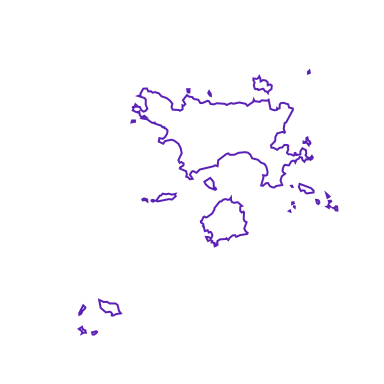 the district of Ukerewe, Mwanza, United Republic of Tanzania, rotated 165°
{"feature_id": "72390352B65036310172855", "entity_name": "Ukerewe", "entity_type": "district", "adm_level": 2, "iso_a3": "TZA", "parent_name": "United Republic of Tanzania", "parent_adm1": "Mwanza", "projection": "mercator", "projection_center": [33.011, -1.921], "detail": "fine", "context": "isolated", "style": "outline", "palette": "violet", "viewbox_px": 384, "rotation_deg": 165, "n_neighbors": 0, "source": "geoboundaries", "source_scale": "gbopen_adm2", "svg_char_len": 5988}
<svg xmlns="http://www.w3.org/2000/svg" viewBox="0 0 384 384"><g transform="rotate(165 192 192)"><path d="M109.1,176.0L103.1,175.4L103.5,180.2L101.2,183.9L97.3,185.6L98.8,187.4L99.1,189.3L97.0,192.9L95.4,194.2L91.4,192.6L88.5,195.7L86.4,196.2L84.9,195.5L84.5,193.8L82.9,196.0L80.0,196.7L78.9,197.9L76.9,196.8L77.0,194.3L75.6,192.1L73.6,194.0L71.5,193.4L70.4,194.0L69.3,192.4L67.1,193.1L66.4,194.2L66.9,195.8L69.4,194.0L71.9,195.9L72.8,198.2L71.7,199.5L71.1,202.9L74.1,205.7L76.7,203.3L77.6,200.3L81.5,200.7L82.0,203.0L82.8,203.0L83.5,201.0L84.4,200.8L86.6,202.7L88.9,203.4L90.2,205.2L87.9,208.3L88.0,210.1L87.0,211.4L87.4,212.5L90.5,213.6L93.4,211.7L96.0,212.0L98.8,210.7L101.8,213.5L103.8,214.3L103.6,216.6L98.5,219.7L97.2,223.6L94.4,226.6L88.9,226.6L87.6,225.4L86.8,225.5L87.1,229.2L84.7,234.6L83.0,234.9L73.3,245.2L73.0,246.6L76.4,248.5L76.4,251.8L80.6,254.5L83.1,254.8L84.6,253.9L85.7,250.2L87.6,250.0L88.1,250.9L88.8,249.4L91.3,249.6L94.7,251.9L94.1,261.3L96.0,260.8L101.0,262.5L103.2,261.5L108.1,263.6L108.4,265.3L109.5,263.3L116.2,260.9L117.3,263.3L123.1,266.2L129.1,266.5L131.3,267.8L136.1,267.1L137.3,268.6L145.0,271.3L148.2,271.0L151.3,272.2L152.1,275.2L153.3,276.1L159.0,275.2L160.9,275.8L162.1,279.5L165.2,280.9L166.7,282.1L166.9,283.4L170.5,285.1L171.8,286.9L177.0,283.0L175.7,278.6L177.7,277.4L178.8,278.2L179.7,274.3L182.7,273.6L183.5,274.6L189.4,276.6L189.8,279.4L188.1,282.3L189.6,285.9L192.3,289.4L196.7,292.3L198.5,295.9L202.0,298.1L204.3,298.1L205.7,300.0L208.1,300.4L208.8,303.7L212.3,304.4L216.2,300.6L216.6,298.9L219.2,298.7L213.7,295.2L212.7,293.3L214.1,288.4L213.6,283.9L216.1,282.3L218.1,282.2L219.9,284.4L220.3,287.5L221.6,287.9L222.9,289.8L223.1,288.7L224.2,289.0L224.4,290.7L225.6,288.9L226.5,288.8L227.4,290.1L226.9,287.9L228.1,286.2L224.9,283.4L223.6,283.4L223.4,282.7L222.1,283.3L222.5,280.0L221.8,277.9L220.3,277.4L218.4,278.0L217.3,276.5L219.1,277.3L221.5,276.2L216.6,273.9L212.9,269.5L211.5,268.6L210.0,268.7L209.9,267.5L204.4,264.0L203.8,262.2L202.0,261.9L202.0,260.7L200.8,260.0L199.7,257.7L201.0,254.7L203.8,252.1L206.5,250.9L209.5,252.5L211.1,249.3L207.3,246.1L204.8,248.2L198.3,247.8L196.0,246.3L192.6,242.1L191.6,237.4L191.9,232.1L196.9,226.3L196.4,223.4L194.6,223.7L192.7,221.7L193.4,219.9L197.3,218.7L197.7,217.8L192.4,213.7L192.3,210.6L193.6,208.3L192.0,207.2L190.8,204.9L188.0,204.6L189.5,209.3L187.0,211.7L185.4,211.9L182.7,209.4L178.6,211.7L164.8,211.3L162.8,211.8L160.6,210.3L158.5,215.9L148.9,219.8L147.0,219.9L145.8,218.1L141.3,217.0L136.9,217.8L130.3,216.7L127.9,215.6L126.0,213.1L125.2,209.0L120.0,206.1L117.8,202.6L114.7,200.3L113.7,197.2L113.8,191.7L115.0,189.1L116.3,188.7L119.0,189.8L119.0,188.0L123.5,180.4L122.0,179.6L118.3,181.3L116.3,181.0L115.2,177.5L113.1,175.7L111.4,175.1L109.1,176.0ZM184.1,133.7L182.4,133.9L181.9,135.7L181.0,134.8L180.2,138.0L177.4,139.0L171.1,137.8L170.7,138.3L169.4,136.2L167.6,137.9L164.1,139.5L161.5,139.1L160.9,137.2L156.9,137.9L149.7,137.2L148.8,138.0L150.4,140.3L151.0,143.1L147.1,148.7L148.9,150.5L149.0,152.9L147.0,158.8L147.3,159.7L149.3,159.3L150.3,161.3L149.4,164.8L148.6,165.8L147.4,165.7L150.5,170.3L154.0,170.6L155.9,171.8L156.5,173.8L155.8,176.5L157.5,175.1L159.3,175.1L161.4,176.5L164.3,176.4L165.9,175.3L167.7,175.6L174.6,170.5L174.8,169.3L178.1,166.0L183.9,163.8L185.1,163.8L186.4,165.1L187.4,164.8L190.0,161.7L191.0,161.6L191.2,160.2L189.4,158.2L189.6,156.4L190.2,156.2L189.8,155.5L190.6,155.4L189.7,155.2L189.7,150.9L186.8,151.0L186.3,148.5L184.8,148.8L184.0,148.2L183.4,145.2L185.0,142.7L185.9,142.4L187.6,144.1L190.1,145.0L189.2,140.5L186.2,140.8L185.1,139.4L186.1,138.2L183.9,137.2L184.1,133.7ZM301.5,93.6L300.4,93.0L297.0,93.7L292.1,93.2L293.3,95.9L293.1,102.1L294.7,104.1L300.5,105.7L302.3,107.8L305.7,108.6L309.6,111.8L310.2,103.7L306.3,98.0L302.7,97.7L301.5,96.9L300.7,95.1L301.5,93.6ZM95.3,270.4L93.4,269.2L93.0,268.0L92.3,269.4L88.6,270.9L87.4,274.2L88.6,275.7L91.2,275.5L90.5,278.4L91.9,280.6L94.3,281.7L97.1,281.0L96.6,284.0L97.1,286.4L98.6,284.8L100.3,284.5L103.3,285.8L103.8,284.0L103.2,281.5L104.7,279.1L104.6,275.6L103.9,274.8L101.9,274.6L101.5,273.3L96.4,273.3L95.3,270.4ZM213.2,189.9L208.8,192.1L209.2,193.8L208.5,194.5L212.0,194.6L214.9,196.4L217.6,196.5L220.8,198.0L222.7,196.7L224.0,196.8L228.9,192.8L227.6,191.8L216.2,191.1L213.2,189.9ZM81.4,160.9L74.7,160.1L74.2,161.9L76.1,165.0L85.9,172.0L87.5,169.0L86.5,164.7L85.1,165.0L83.0,164.2L82.6,162.0L81.4,160.9ZM177.4,198.7L176.8,195.8L174.1,191.7L169.1,188.1L168.0,188.4L168.3,190.1L169.7,190.8L168.6,196.1L170.7,200.9L177.4,198.7ZM326.4,110.7L332.2,104.3L332.6,102.6L330.7,103.0L328.3,105.7L325.5,107.1L324.9,108.2L326.4,110.7ZM335.1,83.7L332.8,84.2L331.0,83.5L330.8,85.9L333.0,87.8L333.1,90.2L336.8,89.0L334.5,86.2L334.3,84.7L335.1,83.7ZM68.7,210.6L67.1,207.0L66.3,208.4L65.4,208.0L64.9,208.7L65.2,210.5L66.5,211.8L66.4,214.8L67.5,214.5L68.7,210.6ZM324.9,82.3L324.9,80.1L323.6,79.6L320.8,80.5L319.9,81.5L320.6,82.3L324.9,82.3ZM56.3,136.5L55.6,140.5L56.9,141.0L58.2,139.8L59.6,140.0L58.2,138.8L58.0,137.1L56.3,136.5ZM74.1,152.3L74.2,149.0L73.2,147.7L71.8,148.5L71.6,150.0L72.3,151.5L74.1,152.3ZM239.2,196.3L237.6,194.4L237.2,196.4L240.0,198.2L241.9,197.7L241.8,196.7L239.2,196.3ZM149.8,280.5L148.9,279.9L148.5,281.6L149.4,284.9L150.7,283.5L149.8,280.5ZM170.1,292.5L170.3,289.4L168.8,288.8L167.8,292.0L170.1,292.5ZM62.7,155.8L62.6,151.3L60.3,152.1L62.7,155.8ZM65.5,142.9L64.0,141.3L63.7,142.4L62.4,142.4L63.5,144.3L64.5,142.8L65.5,142.9ZM232.4,274.9L228.9,274.6L228.5,275.8L231.4,276.6L232.4,274.9ZM233.2,194.5L233.4,193.8L232.3,192.8L230.0,193.2L232.0,194.6L233.2,194.5ZM49.2,276.3L47.3,276.6L47.2,279.0L49.0,277.9L49.2,276.3ZM62.2,146.0L60.0,146.9L60.2,147.7L62.2,148.0L62.2,146.0ZM98.0,156.0L98.4,154.4L96.5,154.7L96.6,155.9L98.0,156.0ZM70.3,210.2L70.0,211.0L71.2,211.8L71.6,210.5L70.3,210.2ZM94.6,172.3L94.0,170.8L93.5,170.8L93.7,172.2L94.6,172.3ZM97.3,151.8L97.5,151.3L96.8,150.3L96.4,151.4L97.3,151.8ZM102.1,148.8L103.2,148.4L102.1,147.6L102.1,148.8Z" fill="none" stroke="#5b21b6" stroke-width="2"/></g></svg>